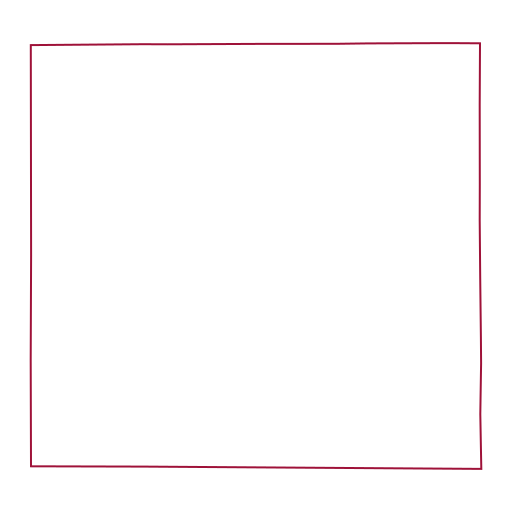 Winnebago, Wisconsin, United States of America (Equal Earth projection)
{"feature_id": "52423323B37520871784820", "entity_name": "Winnebago", "entity_type": "district", "adm_level": 2, "iso_a3": "USA", "parent_name": "United States of America", "parent_adm1": "Wisconsin", "projection": "equal_earth", "projection_center": [-88.588, 44.069], "detail": "fine", "context": "isolated", "style": "outline", "palette": "rose", "viewbox_px": 512, "rotation_deg": 0, "n_neighbors": 0, "source": "geoboundaries", "source_scale": "gbopen_adm2", "svg_char_len": 376}
<svg xmlns="http://www.w3.org/2000/svg" viewBox="0 0 512 512"><path d="M30.8,45.1L31.1,255.4L30.7,359.4L31.0,466.3L143.8,466.6L481.3,468.9L480.3,414.0L481.1,363.3L480.9,337.5L480.2,276.9L479.7,219.8L479.8,184.3L479.7,104.3L480.0,43.3L449.8,43.1L447.4,43.1L367.7,43.4L337.3,43.8L255.6,43.9L167.5,44.3L142.9,44.2L30.8,45.1Z" fill="none" stroke="#9f1239" stroke-width="2"/></svg>